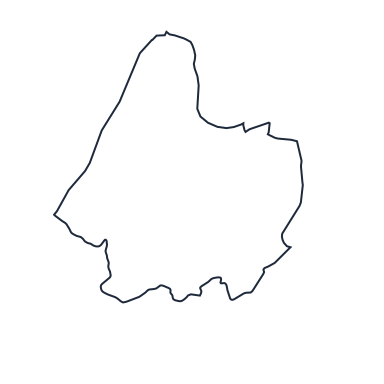 the border of Foggia, rotated 299°
{"feature_id": "ITA-5404", "entity_name": "Foggia", "entity_type": "Province", "adm_level": 1, "iso_a3": "ITA", "parent_name": "Italy", "parent_adm1": "", "projection": "robinson", "projection_center": [15.34, 41.5], "detail": "fine", "context": "isolated", "style": "outline", "palette": "slate", "viewbox_px": 384, "rotation_deg": 299, "n_neighbors": 0, "source": "natural_earth", "source_scale": "10m", "svg_char_len": 2580}
<svg xmlns="http://www.w3.org/2000/svg" viewBox="0 0 384 384"><g transform="rotate(299 192 192)"><path d="M105.3,82.4L109.8,83.2L133.9,83.2L158.5,88.3L167.9,88.5L202.1,83.2L235.9,84.9L288.1,79.1L305.5,83.2L305.7,83.6L311.6,85.2L315.9,92.2L319.7,92.0L319.0,96.0L320.6,100.9L322.4,110.3L322.6,113.6L322.6,118.0L320.8,120.9L317.2,125.0L312.9,128.7L309.1,130.3L304.9,131.5L301.3,134.5L295.8,140.7L288.4,146.2L267.3,156.3L262.1,162.8L260.3,172.4L261.3,182.6L264.6,191.2L269.1,197.1L274.8,202.2L277.0,203.6L275.5,204.3L271.7,207.8L270.5,209.7L274.9,212.0L289.9,225.6L289.8,226.6L281.5,230.1L279.2,230.4L279.6,238.2L280.3,241.0L285.7,253.3L287.3,259.2L272.4,272.7L267.2,274.9L253.7,284.1L251.9,285.5L235.6,292.3L231.9,292.8L199.3,291.1L196.5,292.3L194.1,294.4L192.1,297.0L190.6,301.3L191.4,304.9L170.0,298.7L163.5,294.6L160.9,292.5L159.7,292.1L158.8,292.1L158.1,292.7L156.9,293.9L154.8,294.1L135.1,292.9L133.6,292.5L132.5,292.0L130.2,288.3L129.0,287.0L128.4,286.5L118.7,280.9L117.5,279.9L117.1,279.2L116.9,278.4L117.1,277.6L117.5,276.8L123.5,270.4L124.8,269.4L126.8,267.7L127.4,267.0L127.8,266.3L128.1,265.5L128.0,264.4L126.5,262.2L126.2,261.4L126.6,260.8L129.3,260.0L130.0,259.6L130.6,259.1L130.9,258.5L130.6,257.5L129.9,256.0L127.7,253.2L126.4,251.9L125.2,251.1L121.2,249.8L114.2,246.0L112.5,245.5L111.7,245.9L110.1,247.9L109.4,248.5L108.4,248.8L107.6,249.0L105.2,249.1L102.0,240.7L99.6,238.7L97.3,238.3L94.4,237.3L92.0,236.0L91.0,235.0L90.3,233.7L89.3,230.3L89.1,229.0L89.2,227.8L89.7,227.0L90.3,226.3L91.0,225.8L91.7,225.3L92.2,224.7L92.6,223.9L92.8,223.1L93.2,222.3L93.8,221.7L95.5,221.0L96.1,220.5L96.6,219.7L96.7,218.2L96.1,212.5L95.6,210.7L94.9,209.6L90.5,207.6L89.5,206.7L88.5,205.5L86.0,201.9L84.9,201.1L81.0,199.8L75.5,197.1L74.5,196.5L64.3,187.9L62.0,185.3L61.9,184.4L61.9,183.4L62.0,182.3L62.6,179.1L62.8,176.9L62.8,175.9L61.6,168.2L61.4,164.6L61.5,162.6L61.8,161.4L62.3,160.5L62.9,159.8L64.2,158.6L65.0,158.1L65.9,157.8L66.8,157.7L67.9,157.9L77.2,161.5L78.1,161.6L79.2,161.5L80.3,160.8L82.7,158.8L84.5,156.4L85.7,155.3L86.8,154.6L88.7,154.0L89.5,153.6L90.3,153.0L92.9,150.0L95.3,148.2L97.3,146.0L98.1,145.3L98.9,144.8L102.7,143.9L104.5,143.3L105.5,142.7L108.1,140.7L108.4,139.7L108.1,139.1L107.1,138.8L102.3,138.2L101.2,137.9L100.3,137.5L99.5,137.0L99.0,136.4L98.5,135.7L97.8,134.1L97.4,131.9L97.6,128.5L97.4,127.5L97.0,126.4L96.8,124.9L96.9,122.2L98.1,119.5L98.5,117.8L98.7,116.5L97.7,112.5L97.6,111.0L97.6,108.1L97.8,106.6L98.3,105.4L100.3,102.6L102.9,98.0L103.4,96.5L103.6,94.3L103.6,92.9L105.0,83.1L105.3,82.4Z" fill="none" stroke="#1e293b" stroke-width="2"/></g></svg>